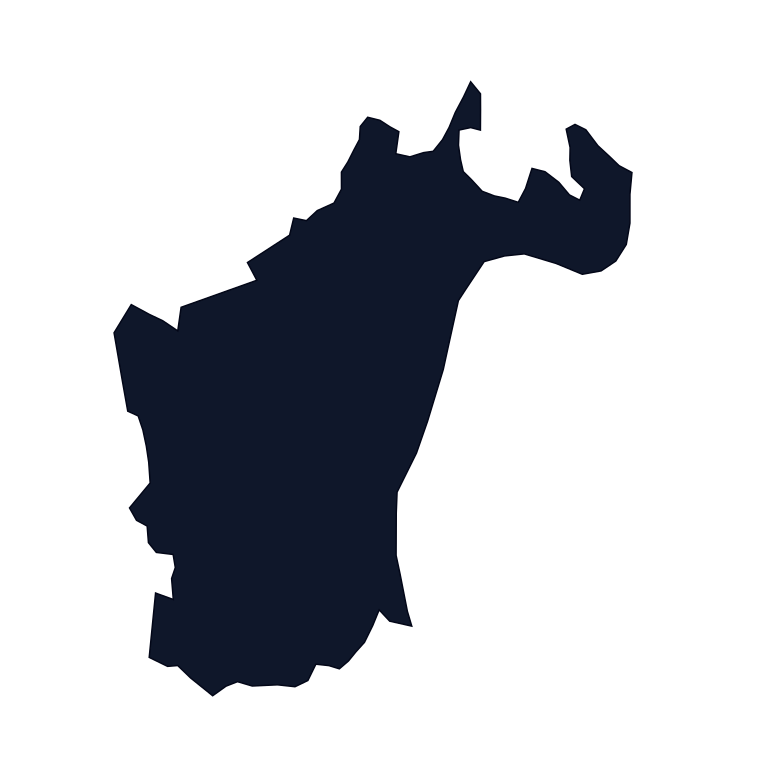 the district of Porto Vera Cruz, Rio Grande do Sul, Brazil, rotated 168°
{"feature_id": "56859067B57284725629844", "entity_name": "Porto Vera Cruz", "entity_type": "district", "adm_level": 2, "iso_a3": "BRA", "parent_name": "Brazil", "parent_adm1": "Rio Grande do Sul", "projection": "equal_earth", "projection_center": [-54.911, -27.755], "detail": "fine", "context": "isolated", "style": "filled", "palette": "ink", "viewbox_px": 768, "rotation_deg": 168, "n_neighbors": 0, "source": "geoboundaries", "source_scale": "gbopen_adm2", "svg_char_len": 1634}
<svg xmlns="http://www.w3.org/2000/svg" viewBox="0 0 768 768"><g transform="rotate(168 384 384)"><path d="M407.2,141.4L408.4,156.8L407.8,194.3L407.8,213.9L398.8,255.4L393.7,275.5L366.6,309.7L349.2,338.4L323.0,385.9L317.0,399.2L293.9,450.1L284.6,459.4L260.6,482.9L239.5,484.2L219.7,482.1L190.7,466.2L167.2,450.1L148.1,449.5L131.7,456.1L118.0,470.1L110.0,490.2L104.0,518.4L97.5,539.3L108.7,548.7L115.7,559.1L125.3,572.7L133.7,590.7L143.2,598.2L152.8,595.4L152.8,576.6L155.7,564.1L157.3,547.9L147.3,533.3L154.3,523.1L163.3,530.4L171.1,545.0L182.3,558.1L194.4,564.1L204.9,545.8L214.9,533.8L226.8,540.6L236.9,545.0L247.9,552.1L256.1,565.9L262.3,575.3L262.5,587.5L261.5,602.1L257.8,616.8L245.9,616.8L236.9,612.3L232.5,632.4L229.3,647.8L236.4,661.6L246.5,648.3L257.8,634.8L267.0,621.4L276.0,610.8L287.5,601.4L297.1,602.1L311.5,600.8L324.6,606.8L317.0,627.7L324.6,634.2L333.2,642.8L344.5,648.3L353.7,640.8L357.2,628.2L364.6,619.4L373.2,608.7L381.6,600.1L385.1,583.4L395.3,571.4L413.2,567.5L425.9,559.9L437.8,565.1L445.4,549.2L492.3,531.2L486.8,511.9L566.5,501.2L574.7,478.8L587.2,491.8L599.1,500.9L614.7,514.2L637.4,490.2L639.3,440.7L640.3,410.7L631.1,403.9L629.4,389.3L629.4,372.6L630.4,356.4L633.3,335.8L658.7,315.7L654.4,302.1L645.2,294.3L647.4,277.8L641.7,266.6L625.7,261.1L626.3,247.8L632.2,237.9L634.9,217.0L650.9,227.0L670.5,165.4L654.4,152.8L644.3,151.5L634.3,136.7L616.4,114.7L601.3,121.3L589.2,123.3L575.7,116.0L550.7,111.9L534.0,106.4L520.1,109.8L508.9,124.1L496.4,120.0L486.9,114.7L476.3,120.5L467.0,128.0L456.8,135.4L445.3,150.0L435.7,164.1L427.7,150.8L407.2,141.4Z" fill="#0f172a" stroke="#020617" stroke-width="1.5"/></g></svg>